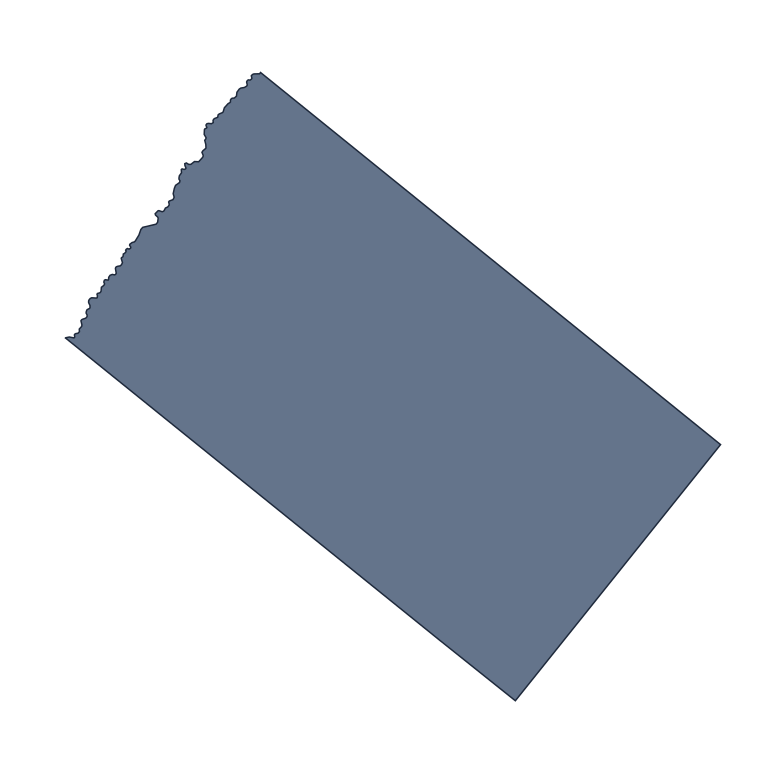 the district of Norman, Minnesota, United States of America, rotated 39°
{"feature_id": "52423323B61487870979754", "entity_name": "Norman", "entity_type": "district", "adm_level": 2, "iso_a3": "USA", "parent_name": "United States of America", "parent_adm1": "Minnesota", "projection": "robinson", "projection_center": [-96.827, 47.325], "detail": "fine", "context": "isolated", "style": "filled", "palette": "slate", "viewbox_px": 768, "rotation_deg": 39, "n_neighbors": 0, "source": "geoboundaries", "source_scale": "gbopen_adm2", "svg_char_len": 2326}
<svg xmlns="http://www.w3.org/2000/svg" viewBox="0 0 768 768"><g transform="rotate(39 384 384)"><path d="M683.7,219.3L92.0,219.6L92.1,221.2L88.1,224.6L87.3,225.5L86.9,227.1L86.9,228.0L88.9,229.5L89.1,230.5L88.7,232.1L87.3,232.9L86.9,233.7L86.9,235.0L87.2,235.8L89.6,237.7L89.8,239.0L88.9,241.4L86.5,244.1L85.9,245.9L86.1,249.8L88.2,253.2L87.7,256.0L86.1,257.5L85.8,258.8L86.0,260.0L87.2,261.5L87.1,262.5L86.4,264.2L86.1,269.8L87.7,273.6L87.7,274.7L86.0,277.8L85.7,279.2L86.9,281.4L85.2,284.4L85.0,285.6L85.3,286.8L86.8,288.3L86.1,290.3L83.6,291.9L82.6,293.1L82.6,294.5L83.1,295.2L84.9,296.1L85.0,296.8L84.2,298.6L84.4,299.4L87.2,303.2L90.8,304.6L91.3,305.7L91.3,307.4L94.8,310.0L97.0,312.5L97.2,313.1L96.5,316.6L96.7,318.5L99.6,320.1L100.3,321.2L100.4,322.5L100.1,327.9L96.7,330.4L95.7,334.8L94.1,336.2L91.3,336.6L90.5,338.1L91.8,339.5L94.2,340.8L94.4,341.7L93.7,343.0L91.7,343.9L91.5,344.9L93.7,347.3L93.9,350.9L94.8,352.6L95.7,353.8L97.6,354.5L98.3,356.1L97.0,360.8L97.9,363.8L100.4,368.8L103.4,370.9L104.0,373.5L102.0,376.9L102.1,378.1L103.9,379.4L104.5,380.5L104.5,382.6L103.4,384.8L104.0,387.6L103.9,388.5L103.2,389.7L100.0,390.9L99.4,391.5L99.0,395.7L100.1,396.5L103.1,396.7L104.1,397.2L106.3,400.8L106.3,403.2L97.9,414.1L97.8,416.9L99.8,422.5L100.7,429.2L100.6,430.6L99.2,432.6L98.5,435.4L99.0,436.3L101.1,437.0L101.6,438.0L101.0,439.6L99.3,440.2L98.9,441.5L99.0,442.6L99.9,442.9L100.3,444.1L100.1,446.0L99.6,447.0L100.8,448.9L101.0,449.5L100.5,451.1L100.8,451.8L104.4,454.3L104.9,456.5L104.7,458.1L102.9,460.2L102.2,461.4L102.2,462.4L102.6,463.3L105.7,466.0L106.2,466.4L106.4,467.8L105.9,468.8L103.9,469.8L102.7,471.9L102.9,474.3L104.2,476.2L104.2,476.9L101.8,478.3L101.4,479.4L102.1,481.1L103.9,482.1L104.2,483.7L103.5,486.7L105.7,489.9L105.9,491.1L105.7,492.1L104.3,494.0L104.5,494.9L105.8,495.8L106.8,497.4L106.3,498.3L102.6,500.9L101.9,502.3L101.8,504.0L102.2,505.4L103.3,506.7L106.1,508.0L107.5,509.7L107.6,510.6L106.5,513.0L106.6,513.8L107.3,515.6L108.1,516.5L109.7,517.1L110.7,518.2L110.9,519.4L110.7,520.7L108.9,523.5L108.6,524.4L108.7,525.6L112.1,528.2L112.8,529.5L112.6,533.1L114.4,535.0L114.2,537.2L112.8,538.7L112.3,540.0L112.5,540.7L114.0,542.0L114.2,542.7L114.0,543.3L109.9,545.5L107.5,548.4L107.5,548.7L588.9,548.1L685.4,547.5L683.7,219.3Z" fill="#64748b" stroke="#1e293b" stroke-width="1.5"/></g></svg>